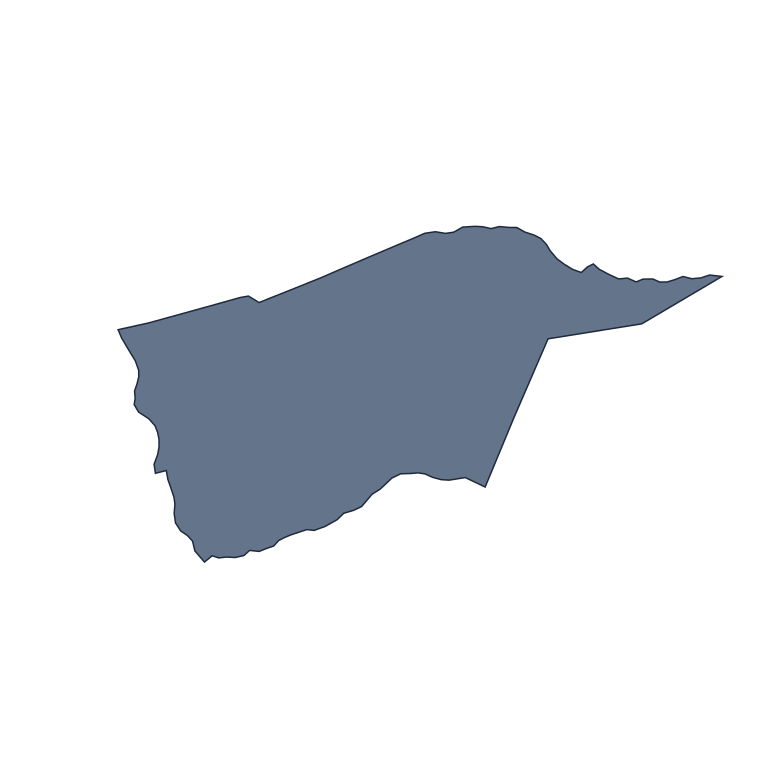 Passo de Camaragibe, Alagoas, Brazil, rotated 114°
{"feature_id": "56859067B78518130671602", "entity_name": "Passo de Camaragibe", "entity_type": "district", "adm_level": 2, "iso_a3": "BRA", "parent_name": "Brazil", "parent_adm1": "Alagoas", "projection": "natural_earth1", "projection_center": [-35.496, -9.247], "detail": "fine", "context": "isolated", "style": "filled", "palette": "slate", "viewbox_px": 768, "rotation_deg": 114, "n_neighbors": 0, "source": "geoboundaries", "source_scale": "gbopen_adm2", "svg_char_len": 1575}
<svg xmlns="http://www.w3.org/2000/svg" viewBox="0 0 768 768"><g transform="rotate(114 384 384)"><path d="M442.5,649.0L448.8,642.3L452.7,636.8L457.7,629.7L463.9,620.7L471.1,613.8L477.0,611.0L484.2,609.7L491.9,609.0L498.3,605.5L504.5,603.8L509.5,596.7L511.4,584.7L515.3,576.2L520.3,571.1L526.1,567.0L532.8,564.0L540.2,562.1L550.8,561.4L558.6,556.5L551.6,547.7L559.0,542.7L566.3,535.8L573.0,529.7L578.9,526.1L587.5,523.1L595.7,518.0L600.9,510.0L602.4,501.9L605.4,495.0L613.4,488.9L619.7,475.6L610.8,471.1L610.1,464.2L606.3,457.8L603.0,449.3L597.7,442.2L590.7,439.1L587.7,429.9L582.0,424.4L576.9,418.9L569.9,416.6L564.8,412.5L559.6,407.6L552.9,400.2L548.4,395.3L546.2,388.3L538.0,379.8L527.0,371.6L518.5,368.2L511.5,360.1L505.0,354.6L489.4,350.0L481.7,344.8L472.5,340.9L466.8,338.6L459.3,332.3L455.0,323.4L451.3,316.7L449.5,310.1L449.5,301.5L448.1,292.8L445.4,285.5L441.5,279.5L436.4,271.7L437.0,249.7L362.0,251.6L276.0,252.5L224.2,173.0L148.3,119.0L152.0,130.9L158.2,137.7L162.6,145.5L164.2,154.6L170.3,160.7L175.7,166.9L178.7,173.6L178.7,181.1L182.8,190.0L188.2,195.2L188.2,204.6L192.6,212.4L192.4,223.5L191.7,233.8L189.2,241.6L194.3,245.8L201.9,249.1L202.6,258.0L201.3,267.9L199.4,276.6L194.6,286.6L190.4,292.4L187.3,299.9L186.9,307.4L187.9,317.3L187.0,326.3L190.1,333.4L193.2,342.6L198.5,349.4L200.1,357.5L202.9,364.9L208.7,376.0L216.9,382.0L221.4,389.1L224.0,399.0L229.7,408.0L240.3,417.7L249.2,426.1L274.8,450.0L297.2,470.7L313.1,485.3L360.4,531.3L358.8,543.6L363.5,550.6L385.3,576.9L424.2,624.2L442.5,649.0Z" fill="#64748b" stroke="#1e293b" stroke-width="1.5"/></g></svg>